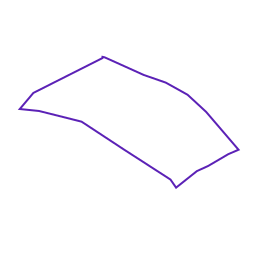 26, Ad Dawhah, Qatar, rotated 230°
{"feature_id": "91078587B74187630814278", "entity_name": "26", "entity_type": "district", "adm_level": 2, "iso_a3": "QAT", "parent_name": "Qatar", "parent_adm1": "Ad Dawhah", "projection": "albers", "projection_center": [51.545, 25.271], "detail": "fine", "context": "isolated", "style": "outline", "palette": "violet", "viewbox_px": 256, "rotation_deg": 230, "n_neighbors": 0, "source": "geoboundaries", "source_scale": "gbopen_adm2", "svg_char_len": 416}
<svg xmlns="http://www.w3.org/2000/svg" viewBox="0 0 256 256"><g transform="rotate(230 128 128)"><path d="M40.3,198.7L90.2,198.2L115.2,195.0L138.5,186.1L158.6,174.1L197.2,155.5L198.9,154.2L198.6,153.9L198.0,153.4L215.7,78.1L212.1,57.3L201.4,67.7L198.2,70.8L162.7,96.5L114.6,110.9L61.2,127.4L51.4,126.5L51.4,126.8L50.7,153.1L47.4,165.0L43.5,188.0L40.3,198.7Z" fill="none" stroke="#5b21b6" stroke-width="2"/></g></svg>